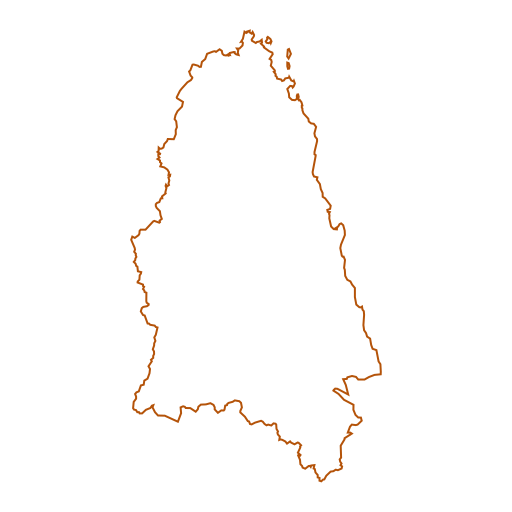 Vohemar, Sava, Madagascar
{"feature_id": "10022922B16213196407560", "entity_name": "Vohemar", "entity_type": "district", "adm_level": 2, "iso_a3": "MDG", "parent_name": "Madagascar", "parent_adm1": "Sava", "projection": "mercator", "projection_center": [49.724, -13.453], "detail": "fine", "context": "isolated", "style": "outline", "palette": "amber", "viewbox_px": 512, "rotation_deg": 0, "n_neighbors": 0, "source": "geoboundaries", "source_scale": "gbopen_adm2", "svg_char_len": 6001}
<svg xmlns="http://www.w3.org/2000/svg" viewBox="0 0 512 512"><path d="M177.5,111.2L175.5,115.2L174.6,119.1L176.2,121.3L176.9,127.2L175.7,130.1L175.8,134.2L173.8,139.2L167.8,139.0L167.1,141.0L164.3,144.0L163.4,147.5L161.7,148.6L160.0,148.8L158.7,147.6L158.6,151.0L157.5,151.9L160.1,153.6L159.9,154.2L158.3,154.3L158.3,156.1L159.5,157.5L157.5,159.0L160.0,160.5L160.0,162.1L161.5,163.4L160.3,166.4L164.3,167.4L167.4,169.6L169.0,172.3L168.5,174.9L170.2,174.7L169.9,176.4L168.4,177.3L169.3,180.4L168.5,183.5L169.0,185.0L167.2,186.3L166.0,184.7L165.6,185.9L166.4,188.1L165.3,192.5L165.7,193.4L162.0,196.4L162.3,198.3L160.8,198.4L159.3,202.1L157.0,202.9L155.8,204.2L155.8,206.0L156.6,207.8L159.9,211.2L160.5,215.3L161.8,218.9L159.6,220.6L160.0,222.1L159.3,222.7L154.3,220.9L153.2,221.4L145.5,229.7L140.6,229.7L139.6,230.9L139.4,233.7L138.5,235.2L134.8,237.9L132.3,236.6L131.2,239.8L134.7,248.0L135.0,249.7L134.2,251.8L135.9,253.8L135.7,255.1L136.4,256.9L135.4,258.4L135.2,260.2L133.8,261.9L135.6,263.7L136.2,265.9L137.4,266.6L137.9,271.3L141.2,272.1L140.9,273.6L139.7,275.3L139.4,279.7L137.7,281.5L137.6,282.5L143.0,284.6L143.1,286.2L144.1,286.8L143.0,289.0L144.3,290.5L144.6,292.0L146.4,292.7L146.3,301.1L146.7,302.7L148.7,304.1L148.6,305.0L147.0,306.2L143.3,306.9L141.8,308.1L140.8,311.4L143.0,315.0L144.7,315.5L147.6,323.5L149.0,323.6L150.2,324.8L154.7,325.6L155.8,327.0L157.5,327.5L155.8,334.8L154.3,337.4L155.4,340.9L154.2,343.3L154.1,345.6L152.8,349.3L154.0,351.4L154.1,354.0L153.2,355.9L153.2,357.9L151.0,359.8L151.8,361.3L148.5,366.3L150.0,369.0L149.5,373.3L147.5,378.7L144.3,380.6L143.7,384.7L140.9,385.4L138.8,391.4L136.5,392.3L135.1,394.0L136.1,396.5L136.1,398.7L133.7,401.9L133.1,408.2L134.0,409.6L136.0,410.1L137.3,412.2L138.9,412.1L139.6,413.4L142.1,413.4L145.9,409.8L150.4,408.0L151.9,405.7L153.3,405.2L152.5,407.3L155.0,412.2L158.0,415.5L164.8,415.7L177.9,421.7L181.1,413.2L180.6,407.4L183.1,406.3L184.8,406.8L185.7,408.0L190.3,408.1L195.7,411.7L197.8,409.3L198.4,406.7L200.9,404.6L205.9,404.4L210.4,403.2L213.5,404.9L214.7,407.3L214.7,409.4L217.9,412.8L221.3,410.4L223.7,410.5L224.5,409.6L225.2,405.6L227.0,405.1L227.3,403.9L228.6,402.9L232.7,401.8L234.8,400.4L239.3,401.2L241.0,402.8L241.9,407.4L240.3,411.0L240.3,412.4L244.9,416.7L247.8,421.1L249.1,421.5L250.0,424.0L251.6,424.4L255.1,422.6L261.1,420.8L262.8,421.7L264.5,423.9L266.5,425.3L268.2,424.6L271.3,425.5L273.5,423.4L275.5,423.7L276.2,424.5L276.5,428.9L278.0,431.5L277.4,432.8L277.9,434.5L279.8,436.6L279.3,439.9L280.6,439.4L282.4,439.9L285.4,441.5L287.0,443.6L290.1,441.4L291.1,442.6L294.5,444.3L297.7,442.5L298.6,442.8L301.1,445.3L300.1,446.4L300.3,447.5L297.9,452.7L300.5,455.0L300.1,455.6L298.7,454.7L298.1,455.3L300.0,459.8L300.4,464.2L302.1,466.0L302.6,467.6L305.2,468.7L308.7,466.0L309.9,465.9L310.7,466.9L311.2,465.5L314.4,465.1L313.6,468.5L314.8,469.1L315.5,472.5L317.7,475.0L317.7,477.4L319.5,477.9L319.5,480.7L321.3,481.3L323.0,479.6L324.3,479.4L326.3,475.7L330.6,471.6L333.4,471.2L335.7,469.7L337.9,470.2L341.6,468.5L342.1,466.4L340.5,465.2L341.5,463.5L340.2,461.7L339.7,459.4L341.1,457.6L340.7,445.7L344.5,439.4L344.6,438.2L351.8,433.6L350.3,432.6L347.8,432.6L350.0,426.7L351.8,424.6L355.8,425.1L357.6,424.6L361.7,420.7L360.9,417.6L358.2,417.5L355.5,414.9L353.4,409.8L353.5,404.8L344.0,399.8L338.5,393.9L333.4,390.6L333.7,390.0L335.2,388.6L337.4,388.8L348.2,394.5L345.8,385.0L343.2,379.2L346.8,378.9L347.4,377.3L352.0,376.0L356.0,376.9L358.2,379.5L364.6,379.5L369.0,377.0L374.5,374.9L380.7,374.3L380.8,371.8L380.4,364.2L378.6,361.5L376.4,350.1L372.6,348.8L371.2,345.0L370.1,338.6L367.1,336.6L366.0,333.0L364.1,330.3L363.4,325.1L364.1,314.9L363.8,311.2L362.5,309.6L362.0,306.6L360.8,307.4L359.3,307.2L356.3,304.6L354.9,297.1L354.9,288.0L352.1,284.6L350.4,281.4L347.3,279.8L345.2,275.9L344.8,269.8L344.1,267.9L345.0,259.9L343.6,256.6L342.6,256.7L341.8,255.7L340.3,248.1L341.0,244.6L344.9,235.0L344.7,230.7L343.2,225.2L341.2,223.4L339.6,224.1L338.1,226.6L336.0,227.9L337.0,228.3L336.9,229.4L333.7,229.1L331.1,226.5L329.3,218.4L329.5,215.1L329.0,213.8L329.8,212.1L327.7,211.8L327.3,209.9L330.1,208.9L330.7,205.7L325.2,198.4L322.7,196.8L322.6,193.0L320.8,189.1L319.9,184.1L316.8,179.8L317.4,177.3L314.0,176.5L312.9,174.1L312.6,172.1L315.6,156.2L315.7,155.1L314.5,154.3L314.5,152.0L317.1,141.1L317.0,139.0L315.0,136.4L314.4,133.3L316.1,126.9L313.8,123.8L311.1,123.4L308.8,121.5L308.3,118.7L303.5,113.4L302.4,110.2L302.4,108.4L301.8,107.7L301.8,105.7L302.4,105.5L301.5,102.3L299.8,100.0L299.0,100.4L298.2,99.3L298.7,96.8L298.1,94.4L297.3,94.5L296.8,95.9L297.0,98.8L294.9,100.2L292.0,99.9L289.2,97.3L288.9,93.6L287.3,89.0L290.2,85.9L292.0,86.1L292.7,87.5L293.6,86.5L294.9,83.5L293.9,80.8L293.6,81.4L291.3,80.5L289.2,76.7L288.9,77.7L285.3,78.4L283.9,80.4L282.1,81.0L281.1,79.5L277.1,78.6L276.7,76.7L275.5,75.8L275.7,74.2L273.9,71.9L274.8,71.6L274.8,70.4L270.8,65.7L271.7,61.9L271.2,59.9L269.6,58.9L272.7,54.2L272.3,52.6L269.3,51.3L263.9,47.4L264.1,46.6L260.9,43.6L262.0,42.6L261.7,39.8L259.6,41.5L256.9,42.0L255.8,43.0L251.9,40.7L251.7,39.5L253.8,36.4L254.1,35.0L252.6,32.0L251.7,33.7L249.5,32.3L249.7,30.7L246.9,31.6L247.1,32.5L246.2,33.0L244.5,31.7L242.9,38.8L241.1,41.7L241.9,41.5L242.9,42.9L242.5,45.5L239.4,48.6L236.9,48.5L238.2,50.5L237.8,52.7L238.6,55.0L236.3,54.4L234.7,53.2L234.7,52.1L233.8,52.0L229.7,53.0L229.4,53.5L229.9,54.9L228.7,54.6L228.6,56.5L228.0,54.4L226.1,55.5L223.8,55.1L222.4,53.7L221.8,50.8L219.6,49.3L216.0,51.9L214.9,51.2L213.2,51.5L207.1,53.8L205.2,59.1L201.9,61.9L200.9,66.8L199.5,66.9L198.0,65.7L193.7,64.5L192.5,64.7L190.3,70.4L189.1,71.5L190.6,75.6L192.3,77.4L192.2,78.2L190.9,80.1L187.4,82.3L181.6,88.7L179.9,90.9L176.7,97.3L177.0,98.2L183.0,101.9L182.0,106.6L177.5,111.2ZM288.6,58.5L290.9,53.9L289.0,49.0L287.8,49.6L287.2,56.5L288.6,58.5ZM271.5,41.4L270.4,39.0L267.8,36.9L267.1,37.6L267.3,39.3L265.7,41.4L266.6,42.8L268.8,43.2L270.4,42.0L270.8,43.1L271.5,41.4ZM288.0,68.8L289.1,68.6L289.6,66.1L288.7,63.1L287.3,62.6L287.3,66.3L288.0,68.8Z" fill="none" stroke="#b45309" stroke-width="2"/></svg>